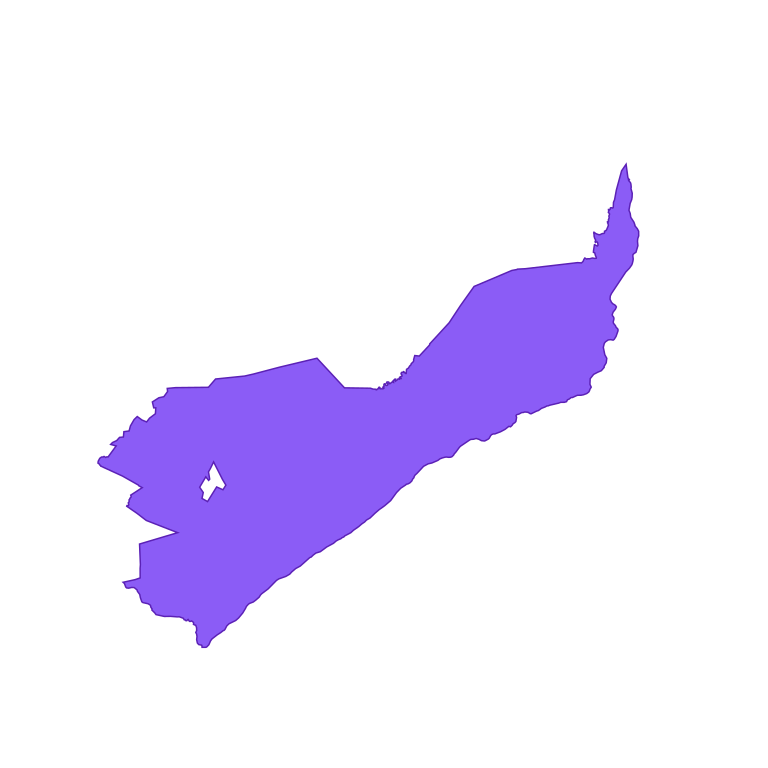 Chipinge, Manicaland, Zimbabwe, rotated 226°
{"feature_id": "62879985B99568881619892", "entity_name": "Chipinge", "entity_type": "district", "adm_level": 2, "iso_a3": "ZWE", "parent_name": "Zimbabwe", "parent_adm1": "Manicaland", "projection": "robinson", "projection_center": [32.384, -20.62], "detail": "fine", "context": "isolated", "style": "filled", "palette": "violet", "viewbox_px": 768, "rotation_deg": 226, "n_neighbors": 0, "source": "geoboundaries", "source_scale": "gbopen_adm2", "svg_char_len": 6104}
<svg xmlns="http://www.w3.org/2000/svg" viewBox="0 0 768 768"><g transform="rotate(226 384 384)"><path d="M295.5,307.8L297.2,317.6L297.4,323.7L296.3,329.6L296.4,330.4L295.5,331.8L294.9,333.9L294.9,336.5L295.7,338.7L295.8,340.4L296.5,341.5L296.9,343.2L296.8,345.5L297.3,355.3L295.9,360.3L293.9,363.6L291.6,369.7L291.3,372.2L290.3,374.6L289.1,376.8L288.3,378.0L286.2,379.7L285.0,381.2L284.5,382.4L284.5,384.7L285.0,386.2L285.0,387.8L286.1,394.4L286.1,395.9L284.2,406.8L283.8,408.0L282.1,410.0L280.8,412.4L278.2,413.9L275.6,414.7L273.3,416.6L272.9,417.3L271.9,420.8L271.9,422.0L272.8,424.9L272.8,426.4L272.0,428.2L271.1,429.0L268.7,434.6L267.3,439.5L266.8,444.4L265.3,445.3L265.3,447.6L265.7,449.2L265.3,451.4L265.4,452.8L267.9,456.2L269.4,456.9L269.7,457.5L269.7,458.2L268.6,460.2L267.8,463.2L266.8,464.3L266.1,465.8L263.6,468.0L263.2,467.9L262.7,468.2L261.2,468.5L260.4,469.1L258.5,474.9L257.6,476.7L257.1,480.3L255.5,484.1L255.1,485.8L254.2,487.0L253.6,488.5L248.9,496.4L248.1,498.3L245.5,501.1L244.5,503.0L245.2,505.0L244.5,506.8L244.3,509.2L243.4,510.1L241.6,515.2L239.0,518.0L237.7,520.0L236.3,523.2L236.0,525.7L236.5,527.4L237.0,528.0L237.8,530.9L240.7,531.9L244.6,536.0L245.3,541.5L244.0,545.9L242.6,549.6L243.0,553.9L243.8,554.6L244.9,558.6L247.7,562.1L251.7,563.2L258.0,567.2L260.2,570.7L260.5,572.7L259.9,576.0L258.4,577.9L256.4,579.3L256.2,580.6L257.0,583.9L259.7,589.3L260.7,590.2L261.8,590.5L263.3,590.3L265.2,591.0L268.4,591.3L269.5,592.1L270.7,594.1L271.7,595.2L273.0,595.7L274.4,595.8L275.3,596.3L276.5,598.6L277.1,602.6L278.0,604.7L279.1,605.0L280.4,605.0L282.9,604.3L284.9,604.4L288.0,605.5L290.1,607.9L291.1,610.6L296.1,633.4L296.6,635.6L296.8,641.0L297.5,644.8L298.1,646.2L299.6,648.6L300.8,650.1L303.2,651.9L304.2,653.1L304.1,655.0L303.7,656.7L307.1,662.7L310.6,665.5L312.3,667.5L313.6,670.1L317.0,673.3L319.8,674.1L323.6,674.4L323.8,674.8L326.8,676.2L332.5,677.3L335.7,679.6L338.8,680.9L342.9,686.5L344.6,690.3L346.0,692.2L348.8,695.1L353.0,697.4L353.9,698.6L356.3,700.5L357.7,701.2L360.3,701.3L361.1,701.7L361.0,702.1L359.8,702.3L362.9,702.7L373.9,710.8L372.3,703.0L362.2,686.0L356.4,677.9L355.3,675.3L351.8,671.6L351.7,670.8L352.8,670.1L353.4,669.3L352.6,668.1L352.6,667.1L353.3,667.1L353.6,666.7L352.3,665.7L351.5,664.5L350.1,664.6L349.3,664.0L348.6,662.4L347.2,661.5L346.2,659.4L345.2,658.7L345.4,657.4L344.5,657.3L344.5,656.7L343.7,656.6L342.1,655.4L340.4,651.4L340.2,650.3L340.7,648.7L339.6,647.7L339.5,646.9L340.6,645.5L341.4,643.0L342.4,642.1L344.9,640.9L347.3,640.5L347.1,639.9L345.7,639.0L344.4,637.8L342.6,636.8L340.4,636.2L339.8,634.8L339.3,634.5L338.8,634.5L338.7,635.5L338.1,636.0L337.4,635.9L335.6,634.7L335.0,634.0L335.1,633.3L336.8,632.6L337.9,632.4L338.0,632.1L334.1,627.0L333.2,626.1L332.0,626.7L329.5,625.3L327.6,624.7L327.0,624.1L327.9,622.9L329.9,621.4L331.3,618.8L332.6,617.6L333.0,616.6L335.1,616.0L334.8,614.4L333.9,612.4L333.9,610.2L336.8,607.6L368.8,565.7L374.0,559.7L374.0,559.2L376.9,554.8L391.6,516.6L387.3,493.5L382.8,473.4L381.1,444.8L380.4,443.8L379.6,428.8L383.1,425.9L381.0,422.3L380.1,421.5L379.7,420.7L379.7,417.7L379.1,416.8L379.1,414.9L378.5,412.6L378.9,410.4L376.2,407.3L376.7,406.8L379.2,406.8L379.4,406.6L379.0,405.9L380.0,405.0L380.0,404.1L379.5,403.3L377.9,403.1L377.2,402.4L377.9,400.7L376.0,400.1L376.2,399.8L377.0,399.8L377.7,399.4L376.8,398.4L377.9,397.7L377.8,396.5L378.1,394.2L378.6,394.4L379.5,395.7L380.0,395.1L379.9,392.4L378.8,392.3L378.5,392.0L379.4,391.7L379.8,391.2L380.1,388.4L381.0,388.2L381.6,388.7L382.2,388.7L383.0,388.0L383.4,387.4L383.0,386.5L381.1,386.7L380.8,386.3L380.8,385.3L381.3,384.7L382.0,384.4L383.4,384.9L383.9,384.3L383.5,383.3L382.4,382.5L382.5,380.9L381.1,381.2L381.2,380.0L383.1,378.0L384.3,378.6L385.0,378.4L385.2,377.8L384.3,377.6L384.3,377.3L385.0,375.8L384.9,374.8L385.3,374.3L386.0,374.4L387.9,372.6L390.3,371.4L408.7,352.9L449.1,353.7L468.7,320.5L481.8,297.1L486.5,289.3L504.6,266.3L503.6,255.4L526.2,231.5L531.4,225.0L528.9,223.1L527.8,216.8L530.5,212.5L532.0,204.9L526.8,201.8L525.4,203.3L521.4,198.9L522.3,191.6L521.6,186.9L526.2,184.9L532.0,183.9L532.0,179.5L530.0,172.5L527.3,168.0L530.4,163.8L526.9,159.7L529.3,156.7L529.0,152.4L530.5,148.0L530.4,145.4L525.5,148.3L523.2,134.8L524.1,134.1L524.5,132.8L526.4,132.3L526.5,131.4L527.7,130.1L528.0,127.9L527.0,124.8L525.8,123.3L524.3,123.6L523.1,123.3L522.1,123.5L521.7,123.2L499.5,131.9L481.9,137.1L481.2,136.9L477.4,138.1L480.0,124.6L479.0,124.2L478.4,123.5L478.3,121.8L477.9,121.4L477.8,120.2L476.3,118.8L476.2,117.5L474.4,116.5L474.2,115.6L475.1,114.7L474.8,114.0L463.0,116.4L451.0,118.2L420.4,132.3L438.7,97.0L423.3,83.3L420.8,80.5L413.9,73.9L416.2,69.0L422.6,58.6L420.8,58.7L417.4,57.2L416.1,57.2L414.5,58.5L412.9,61.2L411.1,62.9L407.4,63.3L406.1,62.6L402.3,62.1L399.5,60.3L395.6,58.5L394.3,58.7L389.7,61.7L387.6,62.2L386.9,62.2L385.3,61.2L383.4,60.9L382.6,60.0L378.6,60.1L376.5,59.8L369.4,64.5L365.3,68.9L360.0,73.6L358.8,75.0L354.9,76.9L353.1,76.5L352.2,77.2L351.3,77.1L350.7,77.8L350.9,79.1L350.7,79.6L348.9,79.2L348.2,79.3L347.6,80.0L347.3,80.9L345.9,81.3L344.3,81.1L343.5,80.0L342.4,80.3L341.3,81.0L338.9,79.9L336.8,78.0L336.0,76.0L334.3,75.5L332.3,74.1L330.2,71.6L327.3,69.8L325.3,69.7L322.8,71.4L322.2,71.2L321.0,70.2L318.8,72.4L318.0,73.6L318.0,74.2L318.1,76.9L319.7,80.8L320.1,83.3L319.4,89.9L318.6,93.8L318.3,97.0L317.9,97.7L317.9,99.0L319.2,102.9L319.2,105.9L316.9,113.0L316.7,116.9L317.4,123.3L318.8,128.5L319.6,130.6L319.8,133.6L319.5,135.0L318.0,138.5L317.6,141.8L317.4,146.2L318.0,148.5L318.1,150.2L317.1,158.3L317.4,170.2L316.9,172.9L313.8,179.7L312.7,184.1L312.9,187.1L312.6,192.3L311.2,197.3L310.7,210.0L310.1,211.4L310.1,214.4L309.7,217.6L307.6,221.7L306.6,229.5L304.5,237.0L304.3,240.6L303.7,242.9L302.7,245.4L302.6,247.0L301.9,248.9L302.0,250.3L300.1,256.8L300.0,260.5L299.0,266.7L298.8,270.7L298.2,274.2L298.3,276.9L297.3,280.9L297.3,287.6L297.0,293.1L296.0,299.8L295.5,307.8ZM427.5,201.5L421.1,200.0L419.8,194.7L426.2,192.1L422.0,175.4L428.1,173.6L431.5,178.6L437.8,179.7L441.0,191.3L436.5,190.9L436.6,192.5L442.7,196.7L443.8,200.4L446.3,207.3L427.5,201.5Z" fill="#8b5cf6" stroke="#5b21b6" stroke-width="1.5"/></g></svg>